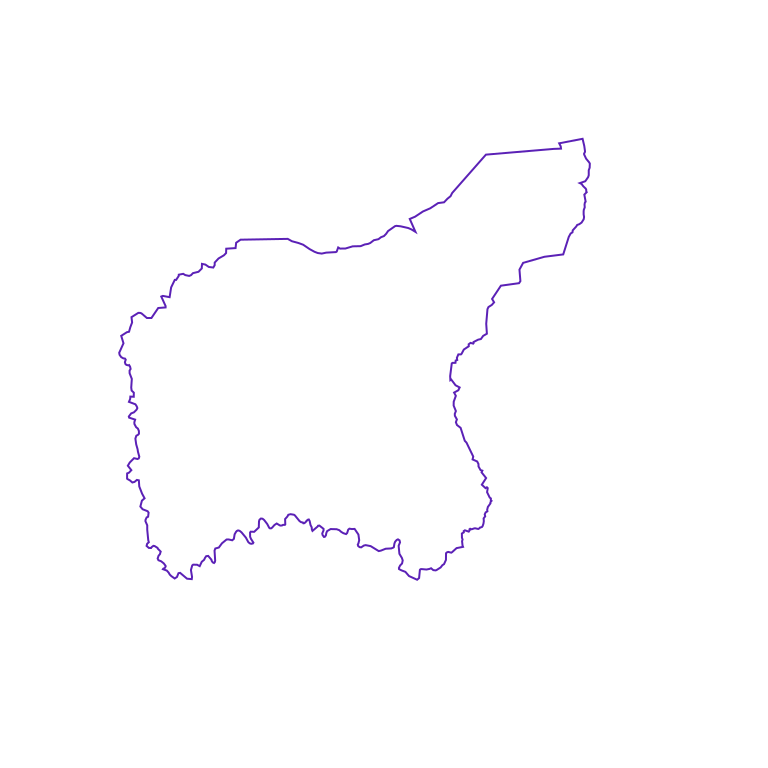 outline of Otzoloapan, México, Mexico, rotated 335°
{"feature_id": "50627088B59132907340697", "entity_name": "Otzoloapan", "entity_type": "district", "adm_level": 2, "iso_a3": "MEX", "parent_name": "Mexico", "parent_adm1": "México", "projection": "natural_earth1", "projection_center": [-100.312, 19.099], "detail": "fine", "context": "isolated", "style": "outline", "palette": "violet", "viewbox_px": 768, "rotation_deg": 335, "n_neighbors": 0, "source": "geoboundaries", "source_scale": "gbopen_adm2", "svg_char_len": 6166}
<svg xmlns="http://www.w3.org/2000/svg" viewBox="0 0 768 768"><g transform="rotate(335 384 384)"><path d="M644.5,239.9L644.6,243.3L643.9,245.5L637.3,242.7L573.3,219.2L526.5,239.7L523.7,241.9L519.8,242.9L515.2,244.7L509.5,242.9L500.2,244.3L492.2,244.1L482.9,245.5L477.1,245.3L476.8,259.4L474.2,255.5L471.9,252.9L465.7,248.1L462.1,245.9L460.7,245.6L452.3,247.1L449.4,248.8L446.5,249.9L443.3,249.7L440.2,250.4L435.5,249.4L431.1,250.4L428.8,250.3L425.5,249.4L421.1,249.2L413.8,246.0L406.3,244.9L401.4,242.7L400.2,240.9L397.1,244.0L396.1,244.1L387.1,240.5L382.7,239.5L379.3,237.3L376.9,234.8L373.6,230.3L369.6,223.6L366.0,220.0L360.9,215.7L358.1,211.8L315.0,192.6L309.7,193.5L306.9,198.1L298.2,194.7L296.2,198.6L293.3,199.7L287.1,200.3L281.9,202.4L280.7,204.8L278.5,206.3L274.7,203.9L272.6,200.3L269.8,198.2L267.7,202.3L263.3,203.9L257.7,202.8L255.1,203.8L253.1,203.7L249.9,201.3L248.6,199.3L244.2,198.2L243.5,199.4L239.6,201.8L238.4,201.2L231.9,206.5L226.4,214.7L220.8,210.7L219.1,210.6L219.0,221.1L218.4,222.3L211.5,219.7L201.1,225.9L197.0,224.0L194.1,217.6L193.2,216.6L191.4,215.7L183.4,216.7L181.7,221.8L178.1,225.3L175.0,228.9L172.8,228.4L166.2,229.3L165.1,237.0L157.2,243.8L156.7,245.8L157.2,248.6L158.6,250.6L160.0,251.5L160.2,252.8L158.4,254.7L158.1,256.6L158.6,257.8L160.2,259.1L161.0,259.1L161.2,261.0L160.7,263.3L159.1,264.3L158.0,266.7L157.6,272.8L153.4,280.4L152.5,283.3L153.6,286.1L151.8,289.8L148.8,288.2L147.6,290.3L145.3,292.4L150.1,297.3L150.4,299.2L150.4,301.0L150.1,301.8L148.7,302.8L145.4,304.0L142.4,303.8L139.0,305.6L138.8,306.8L143.4,311.1L141.6,313.1L140.9,314.8L141.1,318.4L142.1,320.4L142.0,323.0L140.9,325.5L139.6,326.1L137.7,326.2L135.6,328.4L133.9,334.0L133.1,339.0L132.4,341.3L131.5,346.5L130.3,347.8L128.9,347.8L126.1,345.6L120.4,347.7L117.3,349.8L118.6,355.3L115.4,356.6L113.4,356.5L111.2,361.1L111.2,361.5L113.0,364.0L114.3,366.9L116.5,367.3L119.5,366.5L121.1,367.7L118.9,373.4L118.4,381.1L118.7,386.4L115.3,387.4L111.4,392.1L112.3,395.5L116.0,399.4L116.3,401.1L114.1,404.6L112.5,404.6L110.4,406.4L109.8,407.6L109.7,412.0L107.8,416.1L104.3,426.0L104.0,428.0L101.8,428.7L100.4,430.4L101.6,433.2L103.6,434.2L104.3,433.7L106.6,433.2L107.6,433.9L109.5,436.8L109.4,437.6L110.8,441.5L108.9,443.6L107.2,444.3L105.1,446.5L105.1,448.4L107.1,450.5L108.6,453.5L109.2,456.5L109.0,457.1L107.6,458.1L105.9,458.1L105.4,458.4L108.3,461.3L109.1,463.9L109.3,466.2L110.1,468.3L112.1,471.8L114.8,471.4L117.8,468.6L119.4,469.0L123.2,477.2L127.3,479.6L128.5,477.7L130.4,471.0L133.5,467.4L134.7,467.1L138.2,468.8L140.0,471.2L143.7,468.1L146.7,467.3L148.2,466.0L150.1,464.9L152.0,465.5L153.3,470.2L153.1,471.5L153.4,473.3L154.3,474.4L155.3,474.0L156.3,472.8L160.0,463.4L161.6,461.8L165.2,462.4L169.8,459.9L175.6,458.4L177.6,459.3L180.4,461.5L182.5,460.9L185.1,457.1L187.5,455.4L188.5,455.0L189.8,455.0L190.5,455.5L191.2,456.2L192.2,458.3L193.9,464.9L194.2,470.0L195.0,471.7L196.1,472.7L197.8,473.1L198.6,472.6L198.0,468.1L198.1,465.9L199.8,462.1L200.7,461.5L203.9,463.1L209.9,461.1L212.7,455.6L213.8,454.4L215.6,453.9L217.0,454.8L217.9,456.6L219.0,461.5L219.2,465.8L219.6,466.6L220.6,467.1L221.9,466.9L225.1,465.5L227.8,465.1L229.8,468.1L230.6,468.7L231.9,469.1L232.9,469.0L234.6,469.8L235.2,469.5L237.3,464.6L240.4,463.3L242.0,462.1L244.3,462.5L247.1,464.4L247.7,465.4L249.5,472.5L250.4,474.1L252.0,475.3L252.0,476.1L252.5,476.4L253.4,476.4L255.8,475.6L256.0,475.2L257.9,474.8L258.6,475.0L258.7,476.8L257.8,480.8L257.9,483.3L257.1,485.5L257.1,486.9L263.7,485.1L264.3,484.6L265.6,485.0L268.0,489.7L267.3,491.2L264.9,493.3L264.5,494.8L264.9,497.2L265.7,497.5L267.3,496.7L268.9,494.5L270.3,493.3L274.3,492.9L279.7,495.6L281.7,497.6L282.7,499.9L284.1,502.0L286.2,504.0L287.6,503.5L290.0,500.9L291.5,500.5L293.6,501.9L296.1,502.9L297.2,509.6L295.5,515.1L293.4,517.7L292.4,518.4L292.1,519.8L292.9,521.5L294.3,522.4L297.5,521.9L299.3,522.3L303.4,525.3L308.6,533.2L310.8,533.7L315.9,534.0L321.1,536.1L323.2,536.2L323.9,536.1L326.1,532.9L327.5,531.6L329.6,530.7L331.0,530.7L332.0,532.3L331.6,534.3L328.9,536.8L326.2,544.4L326.7,549.2L326.4,551.8L324.5,554.3L321.9,555.3L319.8,557.0L319.4,558.1L321.0,560.2L324.0,563.3L325.5,568.6L331.3,575.4L333.8,574.7L338.0,567.6L338.8,567.3L339.8,567.6L344.1,570.1L347.0,570.8L348.8,570.9L350.0,573.5L352.1,574.8L353.2,574.8L357.8,574.2L360.3,572.9L362.3,572.6L365.8,569.6L368.7,563.6L369.8,563.2L371.2,563.3L373.7,565.3L374.6,565.2L380.4,563.4L386.8,565.0L386.9,563.6L388.3,559.5L389.5,558.1L389.7,556.2L391.4,552.4L393.6,552.2L394.1,551.0L395.5,550.8L398.4,553.6L400.1,552.6L400.1,551.8L400.9,551.6L402.0,552.7L404.8,553.0L405.8,553.4L408.1,555.2L409.6,555.1L410.2,554.7L412.3,555.0L413.4,554.4L415.1,552.6L416.5,550.5L417.5,547.9L419.8,546.7L420.2,544.7L421.9,543.3L423.9,543.1L424.4,541.5L426.2,539.3L430.0,537.2L430.1,536.7L430.7,536.0L432.0,535.4L431.6,534.7L432.5,532.9L431.8,531.6L431.7,525.6L434.0,522.2L433.6,521.1L432.0,521.3L430.1,516.6L436.8,512.4L435.1,505.3L436.5,504.1L435.1,502.8L434.8,498.7L435.8,496.4L435.7,493.6L432.4,489.8L434.2,487.5L434.0,472.0L433.2,469.6L434.9,456.1L432.8,452.0L433.0,449.0L435.1,446.9L434.8,442.8L435.5,441.0L437.7,438.9L438.0,433.0L439.7,429.5L444.1,425.1L443.9,421.4L448.7,421.1L451.1,419.1L448.3,415.4L446.8,408.3L445.8,408.5L447.3,404.8L454.1,394.0L455.0,393.8L457.7,395.0L458.9,393.0L460.5,393.2L461.1,391.1L463.9,388.6L466.2,389.7L467.1,389.4L470.9,386.5L476.8,385.6L477.5,383.8L479.8,383.3L481.9,385.1L482.5,384.8L482.9,383.8L488.1,383.6L490.8,384.2L494.2,382.3L498.5,381.9L502.1,372.6L509.4,359.9L511.2,358.4L515.1,357.9L518.3,356.5L517.9,352.6L531.5,344.3L549.0,349.7L551.1,348.4L555.1,337.6L561.3,333.0L583.2,336.5L601.2,342.3L613.6,328.8L616.7,326.5L618.9,326.2L620.0,324.5L624.8,322.5L626.3,321.5L628.5,321.7L631.3,321.2L634.6,319.1L635.9,317.2L636.6,314.7L637.8,312.1L638.6,310.7L640.6,308.7L641.6,306.1L642.3,305.1L642.9,304.3L643.8,304.0L645.6,297.0L648.8,295.8L648.7,294.9L649.4,293.3L649.4,292.2L648.2,289.1L647.6,286.2L646.4,284.7L652.1,285.3L656.4,282.8L657.8,281.3L659.9,276.8L661.8,274.9L663.7,271.2L663.6,269.9L662.4,265.2L662.4,260.6L662.6,259.9L664.3,258.5L664.7,257.5L666.1,252.9L667.6,245.7L644.5,239.9Z" fill="none" stroke="#5b21b6" stroke-width="2"/></g></svg>